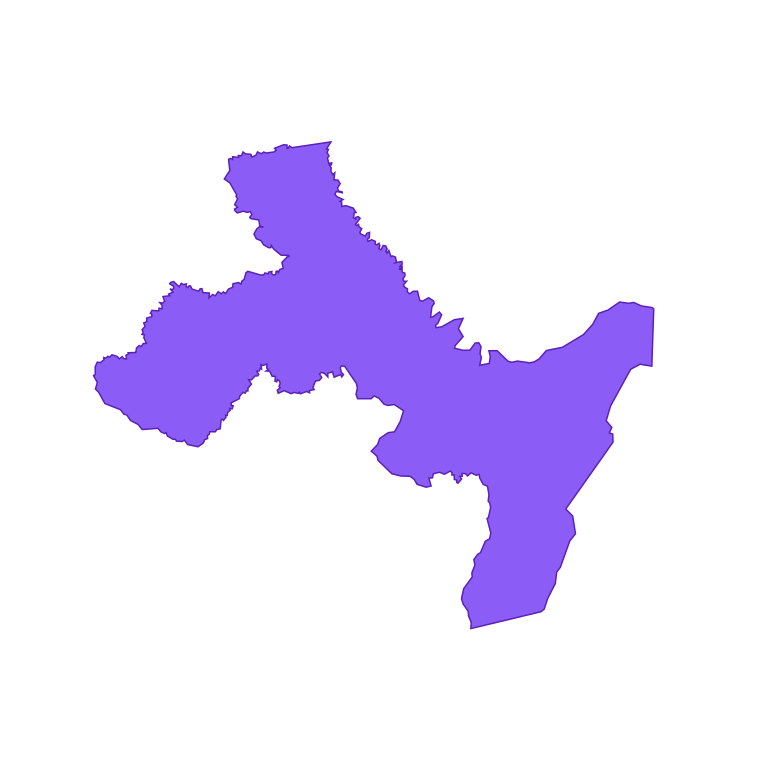 Tambacounda, Tambacounda, Senegal (orthographic projection), rotated 165°
{"feature_id": "50182788B74600736318601", "entity_name": "Tambacounda", "entity_type": "district", "adm_level": 2, "iso_a3": "SEN", "parent_name": "Senegal", "parent_adm1": "Tambacounda", "projection": "orthographic", "projection_center": [-13.284, 13.521], "detail": "fine", "context": "isolated", "style": "filled", "palette": "violet", "viewbox_px": 768, "rotation_deg": 165, "n_neighbors": 0, "source": "geoboundaries", "source_scale": "gbopen_adm2", "svg_char_len": 6171}
<svg xmlns="http://www.w3.org/2000/svg" viewBox="0 0 768 768"><g transform="rotate(165 384 384)"><path d="M363.4,125.3L291.2,123.4L287.5,125.1L281.3,134.6L270.2,146.9L265.9,157.6L261.2,161.2L245.2,184.3L237.8,189.8L235.9,207.6L240.8,216.2L177.8,268.6L176.0,276.5L179.0,278.4L175.2,283.1L178.9,291.0L170.9,304.1L141.9,334.4L131.5,336.8L120.7,331.9L104.0,386.8L105.3,388.5L115.2,392.8L121.6,398.1L126.9,398.7L135.2,402.2L148.6,397.4L158.4,396.7L167.0,387.6L178.6,380.1L202.1,373.3L218.5,374.3L227.7,368.1L232.9,366.5L237.7,366.7L249.1,371.6L254.9,371.9L258.4,374.0L266.1,386.9L274.1,389.0L274.2,383.1L277.0,376.6L286.7,377.3L283.1,384.4L283.4,388.4L280.6,395.0L281.8,399.3L285.3,400.0L292.2,394.5L298.9,396.1L306.5,400.2L305.4,402.6L295.3,409.3L297.8,418.1L290.6,426.9L299.4,427.9L313.5,424.3L319.3,425.0L318.9,427.6L316.4,428.5L310.4,435.9L311.9,439.2L319.4,436.2L321.7,436.5L317.8,446.1L314.7,448.8L314.6,451.4L318.6,455.8L325.1,454.0L327.8,455.4L327.7,465.0L331.9,466.0L335.7,464.4L337.6,466.9L336.7,469.8L339.0,472.2L339.5,474.8L335.6,477.4L338.3,478.1L338.4,480.6L335.7,483.2L335.2,485.8L337.2,486.9L337.2,489.8L339.2,490.8L338.4,492.0L336.7,490.6L336.0,493.1L337.9,493.6L335.4,495.1L335.0,497.7L341.6,498.2L340.3,498.8L340.1,503.7L342.9,505.6L344.2,505.2L344.8,511.7L347.3,509.7L347.9,511.4L346.0,513.6L346.6,516.9L349.0,518.0L352.1,514.5L354.0,516.0L352.2,518.6L352.4,521.2L354.8,520.3L356.4,521.3L355.4,524.0L358.5,526.5L362.5,526.0L362.4,528.3L360.3,529.1L358.7,534.2L361.7,534.0L363.7,531.7L367.8,535.1L368.0,536.9L365.3,539.7L367.4,542.3L367.3,544.8L369.6,544.0L370.3,545.5L364.2,550.2L365.5,552.3L368.1,552.3L368.8,550.7L370.4,552.5L368.4,557.1L366.6,556.9L368.2,561.9L374.5,566.1L378.8,566.4L377.8,570.8L379.2,571.9L375.8,572.8L381.1,577.2L382.3,580.2L380.1,582.3L374.8,579.5L374.8,580.6L377.9,582.0L378.2,585.3L374.5,588.9L375.7,592.9L379.5,594.2L376.9,600.7L379.2,599.4L380.2,603.3L379.1,606.3L380.0,609.7L378.1,609.3L377.3,611.2L380.2,611.2L380.1,617.0L378.1,618.6L379.1,622.3L377.0,625.0L378.8,625.8L372.6,631.6L411.7,636.1L413.8,638.4L415.3,636.6L416.7,636.8L415.8,639.9L418.9,641.1L428.7,640.0L427.6,637.8L430.4,636.6L438.3,637.7L440.1,639.2L443.0,638.2L446.1,640.9L448.7,638.0L453.1,637.5L453.1,640.3L458.1,642.1L460.2,644.6L462.4,641.4L465.6,642.4L465.8,640.5L471.4,642.7L472.0,640.1L474.2,641.7L476.0,641.2L477.7,630.1L485.2,623.4L480.8,618.0L477.4,605.1L478.4,603.2L477.3,601.0L481.9,595.8L479.7,592.7L483.1,591.6L483.1,589.9L481.4,587.2L475.1,587.3L471.8,585.2L468.6,585.1L467.7,581.9L470.5,579.9L470.2,578.4L462.5,574.8L463.1,568.8L459.8,566.7L464.1,568.0L466.8,566.7L470.8,562.5L469.7,557.3L465.8,554.4L464.2,549.5L460.1,545.5L458.1,545.0L457.0,547.0L455.7,543.0L450.1,535.1L442.7,532.8L442.8,531.7L444.3,532.0L451.1,527.9L451.4,521.8L454.9,521.6L457.2,519.0L457.4,520.6L459.0,520.8L460.1,518.2L462.0,517.5L464.1,519.6L463.2,521.7L466.4,521.9L467.4,520.4L470.2,522.1L471.9,520.6L474.8,521.1L486.4,528.1L488.6,527.1L492.0,521.3L494.8,520.1L496.1,517.6L498.3,519.6L503.9,520.0L505.1,516.6L509.6,516.0L513.6,512.4L515.3,514.5L517.8,513.3L520.3,516.1L524.1,512.9L526.4,514.8L530.7,512.5L529.1,517.1L535.3,519.1L535.2,523.2L536.9,523.6L539.0,521.6L544.8,525.3L545.5,528.7L546.8,529.3L548.5,527.9L550.0,529.6L548.9,531.8L552.2,532.1L553.7,533.7L556.7,530.9L560.7,537.4L564.0,537.3L565.1,536.2L562.1,533.2L562.3,530.9L564.1,529.8L566.0,531.4L564.0,527.4L568.8,526.6L568.0,524.7L574.9,525.7L574.5,520.5L577.0,519.5L579.5,520.6L578.0,517.3L579.0,514.0L581.6,515.5L582.7,512.9L589.1,515.2L591.4,512.7L590.3,511.6L590.7,509.2L596.2,509.1L597.0,505.6L600.3,505.2L599.9,501.5L603.6,499.1L603.3,496.1L605.0,494.6L602.8,493.5L604.0,490.8L603.0,484.8L606.1,485.4L608.8,483.0L610.4,484.5L613.7,482.9L615.6,478.7L623.0,480.4L622.7,479.3L625.8,478.6L626.3,474.9L628.8,475.7L629.7,478.2L633.3,476.8L634.5,479.6L639.1,482.6L642.1,481.0L643.6,482.2L645.9,480.9L647.9,482.1L648.2,479.9L652.3,478.1L655.3,479.3L658.5,475.4L660.4,468.0L662.4,467.3L660.5,459.7L664.0,453.8L661.8,450.0L658.6,437.3L645.2,427.4L643.1,422.3L640.4,420.5L638.3,414.4L631.9,408.5L629.4,402.6L613.8,399.7L611.9,395.6L608.7,392.9L607.0,393.4L606.7,389.8L602.1,385.2L599.8,384.6L599.2,382.5L593.9,380.7L591.4,381.4L589.4,376.4L579.9,371.5L573.8,373.8L571.6,376.6L568.5,377.0L567.9,380.0L566.0,380.5L564.7,383.0L559.3,381.5L557.0,383.4L553.8,383.1L550.6,391.6L549.2,391.9L548.5,390.4L545.3,392.7L545.2,394.7L543.6,394.2L542.4,396.9L539.4,398.4L539.5,400.4L537.1,399.3L535.3,402.1L536.8,402.6L536.7,405.3L527.4,407.3L526.8,409.3L522.5,412.5L520.5,411.1L518.6,413.0L517.3,412.5L516.4,415.3L512.1,418.2L513.6,423.2L511.1,422.3L506.4,425.2L504.0,424.5L502.5,425.8L503.7,429.2L501.1,429.0L499.5,431.2L498.4,430.1L497.8,434.5L496.4,433.3L491.9,433.5L493.1,429.8L492.0,428.1L494.5,427.1L491.1,426.0L490.1,420.5L487.0,419.4L488.6,414.8L487.0,413.9L485.7,415.8L484.4,414.2L484.0,411.8L486.1,408.6L485.2,407.1L488.7,405.7L488.6,402.4L482.1,403.4L476.4,398.8L472.8,399.0L469.3,397.2L468.0,398.1L467.5,396.2L460.8,396.8L458.1,394.8L457.7,397.0L452.9,396.7L453.6,398.8L449.5,404.6L445.5,404.2L442.5,406.3L443.7,410.5L441.6,411.4L438.8,409.7L436.4,405.4L435.5,408.9L430.6,409.1L430.4,403.5L423.6,404.3L422.9,401.8L420.7,403.6L422.2,406.3L422.0,411.3L420.4,412.4L417.4,411.3L410.5,391.6L410.7,387.2L413.7,381.3L413.3,376.6L400.2,373.1L396.6,375.1L392.5,371.4L389.2,364.5L385.8,362.3L379.4,361.5L372.0,353.2L378.1,343.5L386.2,335.1L392.5,335.9L402.3,332.5L405.8,327.2L413.7,322.4L409.5,316.2L409.5,311.7L399.6,295.2L391.3,290.7L382.6,288.1L379.4,283.8L378.0,278.5L370.0,273.4L364.9,273.3L365.0,281.6L361.5,280.8L359.5,284.5L353.3,284.4L349.0,281.2L342.4,282.8L341.3,280.5L342.0,278.5L339.8,278.0L340.8,273.6L338.6,272.3L339.2,270.0L338.2,269.1L333.7,272.0L334.8,275.1L332.4,274.6L331.8,277.4L328.5,276.3L327.1,273.6L322.8,275.7L318.8,272.1L315.4,271.9L315.9,268.5L314.2,261.5L310.5,258.4L311.3,249.9L313.7,243.8L312.6,241.5L313.0,237.1L317.7,228.0L319.3,227.4L319.4,212.3L322.1,207.1L326.8,205.9L334.5,196.1L337.5,195.3L342.7,191.1L343.0,185.6L348.0,178.9L348.7,174.8L360.0,165.7L364.7,156.6L364.5,151.0L361.5,142.7L362.4,138.0L361.4,131.1L363.4,125.3Z" fill="#8b5cf6" stroke="#5b21b6" stroke-width="1.5"/></g></svg>